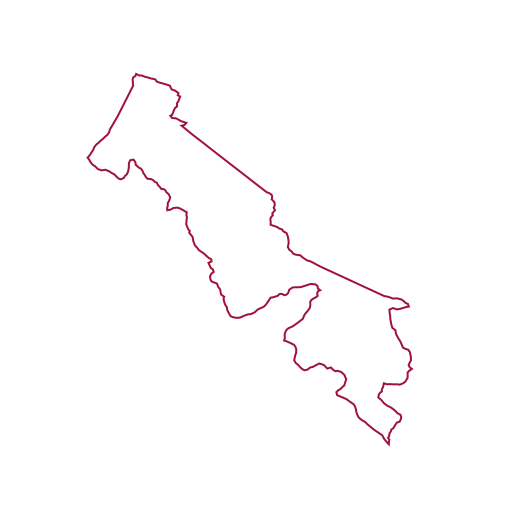 the district of Presidente Bernardes, São Paulo, Brazil, rotated 290°
{"feature_id": "56859067B75920371032685", "entity_name": "Presidente Bernardes", "entity_type": "district", "adm_level": 2, "iso_a3": "BRA", "parent_name": "Brazil", "parent_adm1": "São Paulo", "projection": "natural_earth1", "projection_center": [-51.643, -22.106], "detail": "fine", "context": "isolated", "style": "outline", "palette": "rose", "viewbox_px": 512, "rotation_deg": 290, "n_neighbors": 0, "source": "geoboundaries", "source_scale": "gbopen_adm2", "svg_char_len": 4783}
<svg xmlns="http://www.w3.org/2000/svg" viewBox="0 0 512 512"><g transform="rotate(290 256 256)"><path d="M385.7,84.6L386.1,81.1L383.9,81.1L382.0,79.6L380.0,79.6L377.2,80.8L374.0,82.3L339.7,78.2L324.8,75.4L322.0,75.7L319.0,74.9L316.3,73.3L313.7,72.1L311.3,70.6L308.6,69.4L306.3,67.9L303.0,66.8L299.7,66.7L297.4,66.0L295.5,65.7L293.3,65.1L290.8,64.1L289.7,66.0L287.8,68.2L285.9,71.2L285.3,74.1L283.6,77.7L283.7,81.7L285.5,84.9L285.4,89.0L284.6,92.1L284.3,94.8L283.0,97.5L281.7,100.5L281.9,102.9L284.0,105.0L286.4,105.5L288.5,106.7L291.0,106.9L293.4,106.7L296.1,106.1L298.9,105.1L300.7,104.8L303.0,105.1L304.7,107.9L303.0,110.5L300.5,111.9L299.0,115.7L298.7,118.1L297.0,120.4L295.2,122.0L294.1,123.8L292.5,125.5L291.5,127.7L292.4,131.2L292.1,133.4L291.1,135.5L290.9,137.9L289.3,139.3L288.2,141.6L286.6,144.2L287.3,146.4L286.6,148.5L285.2,150.1L284.2,152.9L281.8,155.3L278.5,155.5L275.5,155.0L273.0,155.9L270.7,156.1L268.7,157.0L270.2,159.7L272.9,162.0L274.6,165.7L274.7,168.4L274.2,171.3L273.4,176.0L270.5,176.6L268.8,177.9L266.5,178.3L264.5,179.0L262.2,179.4L260.7,180.7L258.2,182.9L256.9,185.2L255.1,185.2L253.4,188.0L252.2,189.9L250.4,190.9L248.7,191.9L245.1,195.0L243.8,197.6L242.1,200.1L241.2,203.4L240.3,206.9L239.3,209.0L238.1,212.0L237.5,215.2L235.7,216.1L233.3,213.7L229.3,217.6L228.6,220.1L226.6,221.7L223.9,220.0L220.9,219.8L218.1,221.4L216.9,223.0L216.7,228.9L214.3,230.7L212.4,233.6L210.5,234.8L207.9,236.3L206.8,240.1L204.7,240.1L202.3,241.6L199.8,243.6L197.7,246.3L195.4,247.4L192.7,250.4L190.8,252.6L190.6,255.3L191.3,259.3L192.8,262.2L195.8,265.3L198.4,268.4L199.7,271.2L202.7,274.1L206.3,275.9L208.3,277.9L210.9,280.6L213.5,281.9L218.6,283.2L221.8,283.9L223.2,286.4L226.1,290.1L228.2,291.0L229.2,293.0L228.9,296.3L230.2,297.9L232.1,298.9L235.7,298.8L238.9,301.1L240.0,303.5L241.7,308.0L242.8,309.7L245.1,312.6L246.7,314.8L248.4,316.8L249.7,321.7L248.7,324.2L246.7,325.2L245.8,328.0L244.2,326.3L241.9,326.2L239.7,327.6L238.0,326.6L235.3,324.2L233.2,322.9L231.2,322.7L228.7,323.8L225.9,324.3L223.2,323.7L220.4,322.7L218.6,322.0L216.5,321.6L213.0,321.5L206.8,317.6L202.2,314.3L199.1,311.1L196.7,309.8L194.0,309.6L191.8,309.8L188.5,311.3L186.2,311.3L186.3,313.5L186.0,318.1L185.5,322.2L184.2,324.0L182.2,325.7L178.9,326.8L175.4,326.9L171.0,327.6L169.0,330.1L168.2,332.7L166.6,335.5L165.6,337.9L165.2,340.6L166.8,343.2L169.8,345.1L171.1,347.2L173.7,349.5L176.7,352.3L176.8,354.7L176.7,357.4L175.5,359.6L174.6,361.5L176.9,364.5L175.3,367.8L174.9,370.2L176.1,372.2L176.1,375.9L174.4,379.9L172.6,381.4L171.2,382.9L164.5,383.2L162.0,381.8L159.9,380.9L158.0,379.2L155.5,378.1L153.0,379.8L152.6,387.6L152.4,390.1L151.7,392.4L150.8,395.6L150.1,398.4L148.8,400.2L146.5,402.1L144.0,403.5L141.6,405.3L139.6,407.5L138.7,409.4L138.0,411.7L137.3,415.5L135.8,418.7L133.2,426.2L132.5,428.7L131.9,431.3L130.7,435.9L127.9,439.1L125.7,442.8L124.5,445.2L127.2,444.4L129.0,444.1L130.2,442.3L132.4,442.7L134.9,442.1L137.3,442.7L139.3,442.6L141.3,444.0L144.3,444.5L147.7,445.4L149.3,447.6L152.0,447.9L154.4,447.5L156.2,446.0L156.7,442.7L157.9,440.2L158.9,437.8L159.9,434.1L160.2,430.5L161.3,426.9L163.5,423.1L164.9,419.3L167.5,418.8L169.9,419.3L171.7,420.6L173.4,419.9L176.9,420.2L180.1,419.7L180.3,423.2L181.4,425.6L182.5,429.4L183.5,431.8L184.3,435.1L186.5,437.6L189.0,439.3L193.4,440.1L196.1,439.2L198.4,438.3L200.6,439.3L203.2,441.1L204.0,438.5L205.7,436.7L208.2,436.9L210.9,437.3L213.8,436.2L216.5,434.6L218.3,433.5L220.0,431.0L219.8,428.3L220.2,425.5L221.6,424.1L223.5,422.4L225.1,420.8L227.0,418.3L229.6,415.3L231.4,413.7L234.0,412.4L235.1,408.7L237.5,406.9L240.8,404.9L243.1,403.6L245.8,402.5L248.5,400.9L251.2,399.7L253.9,402.4L254.0,406.4L255.3,409.1L257.6,412.1L259.7,415.0L260.7,416.9L262.9,415.2L263.1,412.5L264.0,410.5L264.9,407.7L264.6,404.5L264.2,402.2L262.8,399.3L262.9,396.0L262.7,392.7L262.2,390.2L268.1,319.9L268.6,316.1L269.3,311.6L269.6,308.1L269.3,305.4L270.0,302.6L270.8,299.8L271.8,297.5L271.2,294.6L270.8,292.4L271.0,290.1L272.5,287.8L273.2,285.2L275.4,282.8L279.3,282.3L282.4,280.9L285.3,279.2L288.0,276.8L288.5,273.3L289.9,271.3L289.8,268.1L290.5,266.0L290.3,259.1L293.1,258.1L295.7,256.8L297.8,256.9L300.1,257.9L301.6,256.7L305.5,258.2L307.4,256.1L310.0,256.3L312.7,255.1L314.8,251.2L317.0,251.1L318.8,249.8L319.6,247.2L319.6,244.4L321.2,239.2L324.5,228.9L328.8,215.6L338.6,185.0L342.6,172.7L343.7,169.5L348.2,155.2L353.0,141.5L354.7,144.0L357.3,145.0L357.2,142.6L357.1,139.3L358.0,134.2L357.0,129.9L358.5,127.5L359.9,128.9L363.5,129.0L367.4,129.3L369.6,130.7L372.2,129.5L375.3,130.2L377.3,130.2L379.9,130.2L380.3,127.5L382.6,127.4L383.7,123.5L383.7,119.8L385.0,118.3L386.6,116.8L386.5,113.2L386.3,110.2L386.0,106.4L385.9,103.2L387.5,101.0L387.2,98.3L386.8,95.6L386.8,93.0L386.4,90.7L386.5,86.7L385.7,84.6Z" fill="none" stroke="#9f1239" stroke-width="2"/></g></svg>